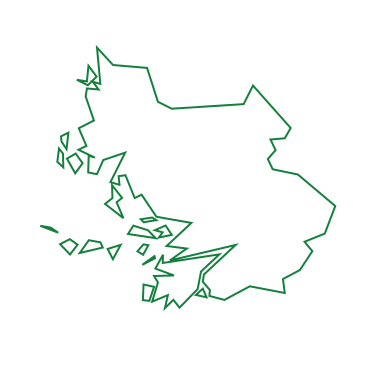 outline of Finland Proper, rotated 16°
{"feature_id": "FIN-3191", "entity_name": "Finland Proper", "entity_type": "Region", "adm_level": 1, "iso_a3": "FIN", "parent_name": "Finland", "parent_adm1": "", "projection": "orthographic", "projection_center": [22.144, 60.47], "detail": "medium", "context": "isolated", "style": "outline", "palette": "green", "viewbox_px": 384, "rotation_deg": 16, "n_neighbors": 0, "source": "natural_earth", "source_scale": "10m", "svg_char_len": 1930}
<svg xmlns="http://www.w3.org/2000/svg" viewBox="0 0 384 384"><g transform="rotate(16 192 192)"><path d="M252.9,286.8L237.4,287.1L236.2,281.3L227.1,275.3L226.2,268.0L248.5,230.9L189.6,263.9L202.6,247.8L182.5,250.9L199.9,221.9L164.6,225.6L144.3,208.5L138.6,213.6L123.4,194.2L117.1,197.0L120.3,205.1L110.9,205.0L116.9,172.6L97.9,185.7L95.7,201.1L86.8,201.8L82.7,185.6L89.1,185.7L71.2,182.7L77.8,176.8L65.6,161.9L78.0,150.3L63.4,129.4L62.5,121.4L74.0,119.2L66.2,113.3L74.1,113.4L60.9,79.4L81.1,91.7L114.6,85.1L134.4,114.7L149.6,117.5L217.4,93.3L221.3,72.9L269.2,103.3L266.4,114.8L253.0,119.9L260.8,128.7L255.8,139.4L263.3,147.9L289.0,146.0L333.6,166.0L331.1,195.4L313.9,208.8L324.0,215.7L317.2,237.3L303.4,250.6L309.0,263.5L273.6,266.7L252.9,286.8ZM183.4,268.3L235.5,244.4L222.6,266.0L224.2,283.7L211.9,306.6L203.8,300.8L198.0,311.1L197.2,297.8L183.9,308.4L184.2,288.3L178.7,283.2L197.7,277.2L177.9,275.7L181.4,260.3L183.4,268.3ZM133.3,236.1L111.7,227.4L117.2,219.8L113.3,207.5L126.4,216.9L122.4,222.7L133.3,236.1ZM144.9,240.5L160.2,240.9L169.7,246.4L142.1,250.0L144.9,240.5ZM106.1,266.8L117.8,265.6L121.5,270.0L100.9,281.6L106.1,266.8ZM79.6,278.5L87.6,271.0L96.5,274.2L92.0,285.7L79.6,278.5ZM69.6,187.1L78.9,194.5L74.6,206.2L62.6,194.4L69.6,187.1ZM170.9,294.3L181.7,293.6L181.0,308.4L174.6,309.5L170.9,294.3ZM62.5,118.1L50.4,115.9L60.5,114.7L57.7,99.2L68.5,107.4L62.5,118.1ZM174.9,238.9L166.9,238.9L175.9,231.5L184.4,238.8L172.7,244.9L174.9,238.9ZM138.0,262.5L134.5,278.4L126.6,270.0L138.0,262.5ZM55.5,266.3L66.0,265.2L74.6,268.0L55.5,266.3ZM155.9,264.0L159.8,255.7L164.7,255.2L162.3,265.8L155.9,264.0ZM229.0,281.9L235.0,289.2L224.1,289.9L229.0,281.9ZM61.5,203.8L54.2,200.1L52.2,186.9L57.4,190.7L61.5,203.8ZM59.6,185.4L52.7,179.5L50.7,174.7L56.8,169.0L59.6,185.4ZM164.3,275.7L173.6,264.0L174.7,265.9L164.3,275.7ZM165.4,228.9L153.9,234.4L150.3,232.3L160.8,227.5L165.4,228.9Z" fill="none" stroke="#15803d" stroke-width="2"/></g></svg>